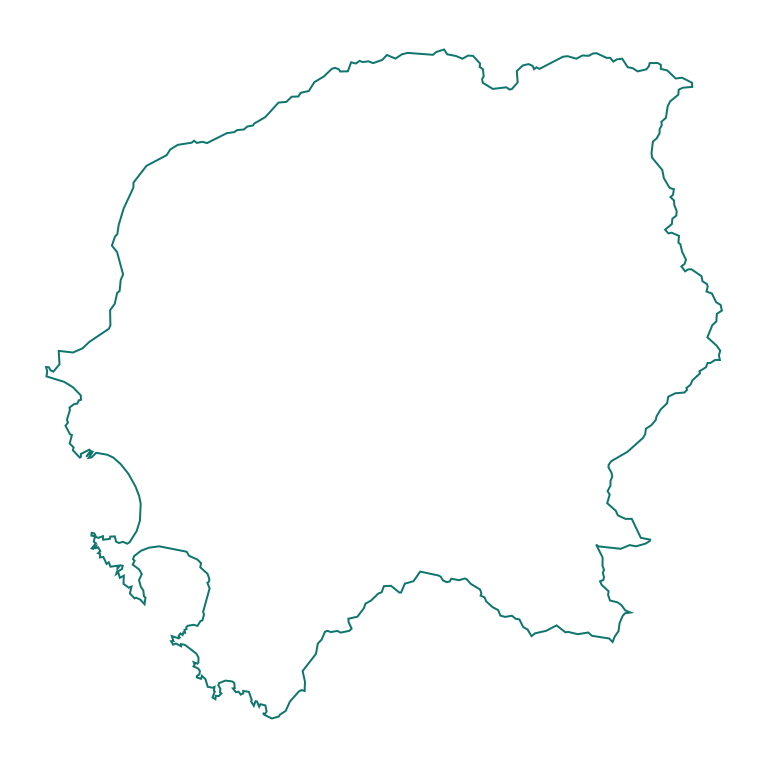 Santa, Áncash, Peru
{"feature_id": "86281439B85206486043179", "entity_name": "Santa", "entity_type": "district", "adm_level": 2, "iso_a3": "PER", "parent_name": "Peru", "parent_adm1": "Áncash", "projection": "orthographic", "projection_center": [-78.368, -9.004], "detail": "fine", "context": "isolated", "style": "outline", "palette": "teal", "viewbox_px": 768, "rotation_deg": 0, "n_neighbors": 0, "source": "geoboundaries", "source_scale": "gbopen_adm2", "svg_char_len": 5997}
<svg xmlns="http://www.w3.org/2000/svg" viewBox="0 0 768 768"><path d="M612.6,642.0L614.8,636.4L618.5,631.2L619.6,623.1L622.5,616.2L624.9,613.3L630.5,612.5L625.4,610.5L621.4,605.1L617.7,602.4L610.0,600.5L608.1,594.9L608.6,591.3L601.7,584.9L600.0,581.3L603.3,580.1L604.0,577.1L602.8,572.9L604.0,569.9L602.5,565.7L602.6,557.5L596.1,544.5L597.9,546.3L620.7,548.8L629.6,545.1L636.0,546.3L645.4,543.7L649.7,541.1L650.1,539.6L640.8,537.8L631.8,518.9L625.5,518.9L617.8,515.3L615.9,510.9L607.2,503.2L609.7,494.6L607.6,491.2L610.5,485.5L610.5,480.9L612.2,476.7L611.5,472.7L608.5,467.4L608.6,465.0L611.2,461.2L627.5,451.8L643.1,437.8L645.2,434.2L645.9,428.7L651.2,425.3L655.8,419.9L656.5,416.4L660.8,409.3L667.0,403.4L668.3,396.7L675.2,393.3L684.5,392.5L687.1,389.8L686.4,388.0L690.4,384.9L692.5,380.2L700.0,373.4L699.4,371.3L705.9,367.3L707.6,363.0L710.3,363.0L715.2,359.9L719.9,360.0L718.9,355.5L720.2,350.6L716.5,345.5L707.4,337.3L712.3,325.2L716.4,321.3L716.8,313.9L721.9,310.5L720.6,304.9L716.1,302.2L711.9,293.5L706.5,291.5L707.7,286.4L706.9,284.0L702.5,281.3L701.5,276.2L691.5,269.3L688.4,269.3L685.1,271.3L681.4,266.4L684.6,263.9L686.0,259.7L682.2,251.9L680.3,244.1L678.4,242.7L679.0,235.9L671.6,232.7L668.4,233.4L665.1,229.7L671.8,224.1L672.4,218.7L676.3,215.6L676.7,211.1L674.3,205.1L674.0,200.6L670.5,197.1L673.0,194.8L673.9,189.2L669.8,188.0L668.4,185.9L663.8,178.0L662.3,170.0L652.1,157.7L651.5,153.2L652.9,141.6L656.7,138.3L659.6,133.2L659.6,129.2L661.8,125.2L661.4,121.8L665.9,117.8L667.7,106.2L670.2,101.3L678.3,94.7L678.7,89.7L682.9,87.7L692.3,86.9L691.9,82.7L682.0,77.7L675.7,78.5L667.4,70.5L660.8,68.9L660.9,64.9L657.7,63.0L649.6,63.1L649.0,66.1L646.4,69.3L637.7,71.4L632.7,68.2L627.7,67.2L622.2,58.7L616.7,59.4L613.4,61.6L610.2,57.8L606.7,57.9L596.5,53.2L592.8,53.5L588.9,55.8L582.4,55.5L576.4,58.7L567.7,56.2L563.0,56.7L539.5,68.9L536.4,67.3L534.1,69.2L532.6,65.9L528.5,64.1L522.9,65.4L516.8,71.1L517.7,82.4L511.8,89.1L509.4,89.5L506.4,87.3L492.8,88.9L482.8,82.8L482.1,79.1L483.7,76.3L482.9,69.2L479.6,66.9L480.1,63.6L473.0,55.9L468.0,55.6L462.5,58.7L455.9,56.0L447.2,54.3L444.1,49.5L436.2,52.0L433.0,54.8L407.7,52.9L401.9,54.3L395.5,58.6L386.9,55.0L382.3,59.9L373.1,63.1L368.4,61.3L362.8,62.1L359.6,60.9L355.8,63.5L351.1,62.3L347.9,71.3L340.2,71.5L338.8,69.3L335.2,67.9L331.8,68.8L324.0,76.4L314.4,82.1L308.8,91.0L300.7,92.8L298.4,96.5L291.7,96.7L286.3,101.9L278.5,102.6L265.3,117.1L254.1,123.6L253.0,125.5L247.4,126.5L243.8,129.5L237.0,130.1L234.3,132.1L226.7,133.2L207.0,143.1L202.5,141.8L196.7,142.9L194.1,140.7L191.7,142.7L177.9,144.8L170.3,149.4L166.7,155.1L146.5,165.8L133.5,182.6L133.4,187.6L123.7,208.4L118.7,224.9L117.3,234.1L115.0,236.6L111.9,245.6L117.1,252.2L123.1,274.5L120.7,280.0L119.6,291.0L117.2,292.9L114.7,303.9L110.1,310.2L110.4,325.5L108.8,328.8L89.3,341.9L82.6,348.3L73.0,352.5L58.7,350.9L59.5,364.3L53.4,371.6L50.7,370.4L48.7,367.2L46.1,367.0L47.2,371.4L46.5,376.4L64.0,381.8L72.9,387.2L80.8,395.4L81.0,399.8L78.8,400.3L77.3,403.6L74.0,404.2L69.5,407.5L69.9,410.1L66.9,419.8L68.0,422.5L65.5,425.7L70.0,434.3L71.9,435.0L69.7,443.5L73.6,447.5L72.9,450.3L79.8,457.6L80.9,456.9L80.9,454.0L89.2,449.7L90.6,450.9L86.2,456.8L91.2,451.3L92.6,451.8L88.7,457.9L91.6,457.4L96.1,452.8L107.2,454.7L113.2,457.5L120.8,464.2L128.4,473.8L135.4,486.3L139.1,495.9L140.7,503.7L139.9,520.7L136.7,531.0L129.6,542.2L127.2,543.7L122.9,541.8L119.0,543.0L116.1,541.7L114.8,536.4L110.3,536.6L109.8,538.9L103.1,539.7L102.9,536.2L98.2,537.9L96.0,536.9L94.4,533.5L91.7,532.8L91.4,535.6L95.0,536.2L93.8,541.7L95.9,543.4L91.7,548.4L93.3,548.9L96.3,546.2L96.1,548.0L98.2,547.4L100.3,551.2L98.2,553.2L100.1,553.8L100.0,557.4L103.3,557.0L106.6,563.9L108.7,562.3L110.5,566.7L117.6,565.7L117.5,568.6L120.0,565.3L122.7,565.8L122.0,569.0L117.0,571.9L116.3,574.0L118.3,572.5L119.9,577.8L123.8,575.7L123.5,583.9L128.8,587.7L131.5,586.6L129.9,593.4L134.5,598.4L136.0,597.7L140.3,599.6L144.5,604.2L145.5,597.7L144.0,596.3L143.3,590.4L140.8,586.7L139.0,580.1L141.8,574.1L139.1,569.4L132.7,564.6L134.6,560.8L133.0,559.2L134.1,556.1L141.1,550.7L148.9,547.7L159.1,546.3L186.6,551.7L189.0,555.8L197.3,559.5L201.0,563.1L200.3,567.3L207.6,573.9L209.4,579.2L208.9,581.7L207.4,582.8L209.6,588.4L203.1,611.9L204.0,614.5L202.4,620.4L200.5,621.0L197.5,625.9L193.5,624.8L187.8,625.8L186.3,627.1L186.5,629.1L184.5,629.9L185.0,632.8L183.5,632.3L182.6,635.0L180.4,633.5L178.6,636.0L179.8,637.5L178.8,638.4L171.8,636.1L173.5,641.1L171.1,641.2L173.2,644.7L175.8,643.5L181.0,646.2L181.0,644.1L185.0,644.9L196.3,653.6L198.5,657.5L198.4,662.4L197.4,663.7L193.7,662.2L194.6,664.7L193.5,666.4L198.2,668.5L199.9,671.1L199.4,674.4L197.0,675.9L196.8,677.4L201.0,678.8L201.9,675.9L205.5,679.2L207.7,686.8L212.6,687.7L214.5,686.9L213.9,690.6L214.8,691.4L212.5,697.5L215.4,699.2L215.8,695.8L218.7,696.1L221.4,693.5L220.0,692.4L220.4,688.8L218.3,685.3L219.1,683.1L225.4,680.6L232.0,681.4L234.3,683.0L234.7,688.1L232.9,688.4L235.9,692.2L238.6,691.7L240.8,694.6L243.3,693.3L243.2,691.0L248.9,691.8L251.7,699.9L251.1,701.5L253.8,705.8L255.6,701.2L257.0,701.5L259.2,706.7L260.4,704.2L265.4,705.4L266.6,711.5L264.9,714.1L263.0,713.0L264.1,714.7L271.9,718.5L278.9,716.5L280.0,714.6L285.7,710.9L289.9,701.6L299.0,691.3L301.5,690.1L304.6,691.0L305.0,681.8L302.6,671.1L316.0,653.8L317.8,643.6L321.6,639.6L325.0,631.8L327.2,630.8L331.0,632.1L337.3,630.9L340.7,632.6L349.4,630.8L351.6,628.6L348.5,621.7L348.4,618.7L357.4,616.7L363.9,608.2L365.4,603.7L371.1,600.5L378.2,593.6L381.7,592.2L383.9,586.2L391.0,585.8L399.4,592.6L401.1,592.5L404.8,583.7L413.5,581.2L420.2,571.6L438.5,575.5L440.7,576.7L443.0,580.4L446.5,582.1L449.7,581.5L451.3,578.7L459.0,580.2L464.7,578.5L466.7,579.3L470.7,583.8L480.1,589.5L481.4,593.4L480.6,595.6L484.6,597.4L486.2,601.4L492.7,607.2L498.2,610.1L500.4,615.6L505.2,616.9L511.9,615.7L515.7,618.8L519.4,619.4L523.2,627.0L527.5,629.5L531.5,636.1L535.1,633.3L546.2,630.8L556.6,625.4L565.4,632.3L568.2,631.9L577.8,634.2L588.3,632.5L591.9,635.8L609.2,638.5L612.6,642.0Z" fill="none" stroke="#0f766e" stroke-width="2"/></svg>